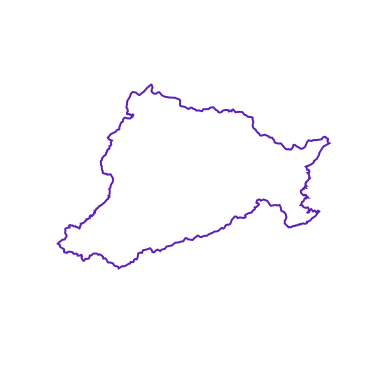 outline of Fresno, Tolima, Colombia, rotated 220°
{"feature_id": "7082276B32656810983952", "entity_name": "Fresno", "entity_type": "district", "adm_level": 2, "iso_a3": "COL", "parent_name": "Colombia", "parent_adm1": "Tolima", "projection": "robinson", "projection_center": [-75.055, 5.192], "detail": "fine", "context": "isolated", "style": "outline", "palette": "violet", "viewbox_px": 384, "rotation_deg": 220, "n_neighbors": 0, "source": "geoboundaries", "source_scale": "gbopen_adm2", "svg_char_len": 6029}
<svg xmlns="http://www.w3.org/2000/svg" viewBox="0 0 384 384"><g transform="rotate(220 192 192)"><path d="M95.4,227.0L95.2,227.6L93.5,228.6L92.5,231.3L91.4,231.9L91.0,233.3L90.1,233.8L89.9,235.0L88.7,235.8L88.7,237.0L87.8,237.3L86.9,239.2L84.9,240.4L84.1,241.6L84.1,242.4L84.8,243.1L84.2,243.7L83.2,245.8L83.1,249.4L82.1,251.9L82.0,254.0L82.3,255.7L82.0,258.9L83.2,258.9L83.6,258.4L83.6,256.4L86.0,256.7L86.6,254.9L89.7,255.6L90.0,254.8L89.4,251.7L90.0,250.6L90.4,250.5L90.4,252.5L91.6,253.9L93.0,254.8L93.5,254.5L94.3,253.2L96.7,252.1L98.6,252.7L100.3,251.7L100.5,253.6L101.3,254.9L101.3,255.5L100.6,256.3L101.5,259.6L101.2,260.2L100.4,260.6L100.7,261.6L99.9,262.1L100.3,262.1L100.6,262.7L101.6,262.4L102.8,262.8L103.0,262.2L103.8,262.4L104.6,261.1L107.2,261.3L108.5,261.8L109.5,263.1L108.9,264.4L109.0,265.3L108.4,266.2L109.0,266.6L108.6,267.6L107.4,268.4L109.1,268.9L109.1,269.8L108.5,270.3L109.6,270.5L110.3,271.1L110.5,272.3L110.9,272.5L110.5,278.4L111.6,278.3L112.3,279.6L114.0,280.7L115.8,280.9L114.8,282.2L115.8,283.8L117.4,283.7L118.0,283.0L119.6,284.0L120.0,284.6L121.1,284.5L120.5,286.2L120.0,286.4L119.1,288.1L117.9,291.8L118.0,293.7L118.5,294.1L117.7,297.6L118.7,302.6L119.5,303.4L120.6,311.1L118.1,317.7L119.5,317.4L121.1,318.1L121.4,319.6L122.3,320.2L123.5,319.6L124.8,320.0L125.8,319.7L126.8,318.0L126.6,315.6L130.6,311.2L132.4,309.8L133.1,308.0L135.9,306.5L135.9,304.2L134.4,299.4L135.0,297.0L135.9,295.4L137.1,294.9L139.3,294.7L141.1,294.2L142.9,294.3L144.3,293.7L144.5,293.0L143.5,291.0L143.5,288.0L144.4,287.3L145.8,286.9L146.5,285.8L147.3,285.4L148.6,285.2L155.0,286.4L157.3,284.4L160.4,283.1L162.8,284.6L164.0,284.6L165.4,285.2L167.7,283.6L169.2,283.9L173.1,282.6L174.9,280.0L176.2,279.1L178.3,279.8L179.9,279.7L182.4,280.2L183.3,280.7L185.7,280.4L187.4,281.2L188.9,282.7L189.8,284.9L191.9,286.3L193.4,288.0L196.1,286.7L197.3,285.6L200.1,285.5L201.9,284.8L203.7,285.5L204.9,285.5L207.2,284.0L210.0,281.0L213.2,281.7L213.7,281.5L214.0,280.6L213.6,279.3L214.9,279.0L215.5,277.4L217.1,278.0L219.3,276.1L220.7,274.1L220.9,271.9L222.1,270.5L223.2,270.2L224.9,270.7L226.4,270.2L229.8,270.6L230.7,270.2L232.4,267.9L232.7,266.1L236.5,262.7L236.3,260.3L239.2,258.8L241.2,257.1L242.7,257.4L244.4,256.5L245.7,256.6L247.2,255.9L248.0,253.3L252.6,252.5L255.8,250.5L257.3,251.1L259.5,254.1L260.3,254.7L261.0,254.8L264.3,253.6L265.2,253.5L270.3,249.7L274.2,247.5L277.0,246.7L281.1,247.5L282.1,246.4L282.9,243.9L284.7,242.8L287.1,242.9L287.8,243.3L288.5,244.2L289.3,246.6L291.5,248.1L292.4,248.0L293.3,243.0L293.4,237.3L294.0,236.0L294.4,232.8L295.1,232.2L298.9,232.1L301.7,230.5L302.0,229.2L301.7,227.1L300.9,225.6L300.1,220.3L299.5,219.0L298.6,218.2L296.6,214.6L294.6,214.0L292.9,212.4L292.9,211.1L291.9,210.0L291.4,210.1L291.1,210.7L290.0,211.4L289.6,211.2L289.3,211.7L287.5,211.7L287.4,212.2L286.8,212.5L287.3,213.2L287.2,213.4L286.4,213.2L285.9,211.6L286.2,210.1L286.7,209.5L286.7,208.5L288.8,206.9L290.9,206.1L291.5,205.2L291.4,203.4L290.2,201.3L290.9,200.1L290.3,197.5L289.7,196.6L289.5,195.3L288.0,193.2L289.3,191.5L289.2,189.1L291.3,184.4L291.4,179.4L288.8,179.0L286.4,180.0L286.1,177.9L284.3,176.4L284.2,175.1L284.8,174.3L283.1,172.0L283.2,171.4L283.7,171.0L283.8,169.9L283.6,168.9L282.9,168.4L283.1,167.1L282.8,166.3L282.0,165.4L282.7,162.5L282.4,161.4L282.6,160.1L281.6,158.5L281.7,157.4L281.2,156.2L280.7,156.0L279.1,154.2L278.1,154.1L275.2,151.1L273.7,150.6L273.5,149.9L272.4,149.2L270.2,150.1L269.2,151.1L268.3,150.8L267.7,151.1L265.8,153.2L261.6,151.8L260.6,151.0L259.0,148.3L258.8,145.4L257.2,142.6L257.4,141.1L255.4,139.8L253.1,136.1L253.4,135.4L252.1,135.2L252.4,133.8L251.8,132.9L252.3,131.5L252.3,127.7L253.1,123.5L253.6,122.7L253.5,122.1L254.0,121.7L253.8,119.4L254.6,117.9L254.1,117.2L254.0,115.8L254.6,115.1L253.4,114.4L253.0,113.8L253.7,113.0L253.0,111.8L253.0,110.4L253.4,110.1L253.1,109.3L253.5,108.9L254.2,109.1L254.8,108.7L254.5,107.2L253.5,106.5L254.8,103.6L255.4,103.3L254.7,102.3L255.2,100.7L255.0,99.6L255.8,97.7L256.7,96.5L256.2,96.4L256.0,94.3L255.4,93.7L254.8,91.8L257.5,91.3L258.2,90.7L259.3,90.8L260.7,89.5L262.2,89.5L263.5,88.4L264.3,88.3L264.5,87.2L263.7,86.9L262.9,86.0L264.8,84.3L265.4,82.3L264.1,81.0L262.8,79.0L260.6,78.4L259.6,77.4L259.1,73.7L260.6,72.1L261.5,68.2L261.6,66.1L259.3,66.6L258.3,65.5L257.3,65.2L253.1,65.9L251.6,63.9L251.0,63.8L249.5,64.7L248.7,64.8L248.5,66.5L247.0,67.9L244.8,69.1L243.5,68.5L242.1,69.1L241.3,70.4L240.6,70.6L239.8,70.7L238.7,69.8L236.8,71.5L236.7,72.4L236.3,72.7L234.9,72.2L234.5,70.8L233.9,70.3L231.0,69.5L230.5,70.2L230.7,72.4L228.9,73.7L228.3,74.9L228.4,75.9L229.3,77.1L229.4,77.8L228.3,78.7L228.2,80.4L227.7,81.7L225.7,83.4L224.7,83.8L223.5,83.6L222.9,84.7L221.0,85.3L218.4,85.2L217.2,84.0L216.0,85.3L214.8,85.5L211.3,84.1L210.4,84.4L209.1,85.6L206.6,86.5L204.2,85.7L200.5,87.2L199.0,86.4L197.8,90.4L196.7,91.0L195.8,92.1L194.1,96.8L193.5,97.4L194.0,98.9L191.9,100.6L192.8,103.3L192.4,104.1L191.3,104.6L191.0,105.1L191.8,107.3L193.7,110.3L192.9,112.1L191.2,113.2L192.1,116.0L190.3,118.0L187.9,122.0L184.8,121.4L184.1,120.7L183.0,120.8L182.2,121.8L182.1,124.0L181.3,125.8L178.4,126.3L178.3,128.1L176.2,131.2L176.5,133.1L176.3,134.1L173.1,138.0L172.2,142.5L170.1,144.4L168.3,147.3L167.0,148.6L167.4,151.7L167.2,152.6L166.4,153.2L164.8,153.1L160.7,155.6L160.5,158.7L160.0,160.2L159.8,162.0L159.0,162.7L157.2,162.7L155.9,163.3L154.6,166.1L152.4,168.1L151.9,170.5L150.0,174.1L149.4,176.1L147.8,177.7L146.9,179.1L146.2,183.6L144.4,184.2L144.2,185.5L144.7,187.8L144.6,188.9L142.7,190.8L142.2,192.3L143.6,196.2L143.5,200.7L142.1,201.7L140.1,201.4L139.0,203.3L135.6,205.4L134.8,207.2L136.2,208.1L136.4,208.8L135.0,212.2L133.1,214.6L133.5,216.7L132.8,219.0L133.3,219.9L134.1,220.5L133.0,222.0L132.6,225.4L133.8,226.0L135.4,225.1L136.0,225.4L136.8,227.5L135.7,229.6L135.1,229.8L133.7,229.6L132.3,232.3L128.6,233.6L122.9,232.0L119.9,235.5L117.8,236.7L116.8,238.2L116.3,238.3L114.1,237.2L111.5,235.0L108.7,235.8L105.6,235.2L104.4,233.9L103.4,233.4L102.7,231.6L102.4,229.5L100.9,227.6L95.4,227.0Z" fill="none" stroke="#5b21b6" stroke-width="2"/></g></svg>